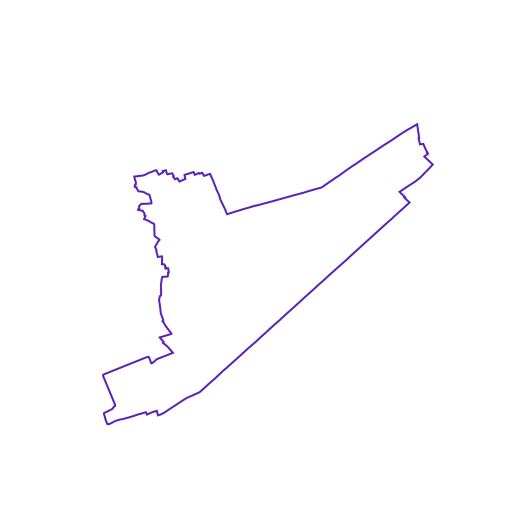 Phutthamonthon, Nakhon Pathom, Thailand, rotated 70°
{"feature_id": "78962969B43033268258309", "entity_name": "Phutthamonthon", "entity_type": "district", "adm_level": 2, "iso_a3": "THA", "parent_name": "Thailand", "parent_adm1": "Nakhon Pathom", "projection": "natural_earth1", "projection_center": [100.276, 13.834], "detail": "fine", "context": "isolated", "style": "outline", "palette": "violet", "viewbox_px": 512, "rotation_deg": 70, "n_neighbors": 0, "source": "geoboundaries", "source_scale": "gbopen_adm2", "svg_char_len": 5674}
<svg xmlns="http://www.w3.org/2000/svg" viewBox="0 0 512 512"><g transform="rotate(70 256 256)"><path d="M337.3,287.6L336.0,284.2L335.5,283.3L334.7,281.3L333.2,277.7L331.6,273.6L329.2,268.0L326.2,260.5L324.5,256.1L323.4,253.5L320.1,245.5L315.0,232.8L312.1,225.9L309.2,218.7L306.1,211.0L304.1,206.3L302.7,202.6L300.5,197.2L299.6,195.2L297.8,190.6L294.4,182.2L290.6,172.4L288.2,166.9L284.1,156.8L282.4,152.7L280.2,147.3L277.8,141.3L275.3,135.3L273.3,130.4L270.0,122.3L267.3,115.3L266.6,113.9L258.3,93.4L254.8,95.2L251.9,96.6L251.7,95.8L244.8,99.2L244.0,95.6L243.6,94.4L242.3,88.8L241.0,83.1L240.1,79.7L238.2,74.2L235.4,68.6L233.9,65.3L231.3,60.1L230.5,58.6L225.7,61.0L220.1,63.8L218.7,59.3L218.5,59.2L218.4,59.2L217.2,60.1L216.8,59.8L216.8,59.7L216.7,59.6L214.9,60.0L212.8,60.2L208.1,60.4L208.0,60.5L207.9,60.5L207.3,62.9L207.2,63.7L205.7,63.5L201.0,63.0L200.8,62.9L200.8,62.3L200.7,62.2L196.5,61.4L187.3,59.5L188.9,68.3L189.1,69.8L189.7,72.7L190.0,74.4L191.3,79.8L193.0,86.5L195.1,95.6L195.4,97.2L195.8,98.7L196.2,100.4L196.4,101.5L197.9,107.3L199.8,115.7L200.5,118.3L201.6,123.2L202.1,124.8L202.8,127.8L203.9,131.7L204.0,132.8L205.4,138.0L206.2,141.3L207.6,146.2L208.4,149.0L209.0,151.1L209.4,152.8L209.5,153.8L209.6,154.1L210.5,157.3L211.0,159.3L211.5,161.4L211.9,162.9L213.7,169.4L213.8,169.8L214.0,171.1L214.0,171.7L213.4,178.8L213.4,179.6L213.1,183.3L212.8,189.7L212.0,198.4L210.2,221.7L209.7,227.5L209.5,229.9L209.1,234.3L209.0,236.1L208.4,240.4L208.1,245.8L207.7,250.8L207.2,259.9L207.0,264.9L206.9,268.8L205.4,269.0L204.1,269.1L203.1,269.1L201.9,269.0L201.1,269.1L198.6,269.4L197.0,269.5L193.1,270.0L189.9,270.2L188.9,270.2L188.4,270.0L187.6,269.9L186.3,269.9L184.7,269.9L180.9,270.4L179.8,270.4L176.8,270.4L174.4,270.5L171.3,270.5L167.7,270.8L165.2,270.9L163.2,271.0L163.2,272.1L162.9,273.0L162.9,273.3L163.2,275.2L163.1,275.4L163.0,275.6L162.9,275.8L163.0,277.3L162.9,277.5L159.3,278.1L159.2,278.2L159.2,278.3L159.5,280.7L159.4,280.9L158.6,281.1L158.5,281.3L158.8,285.8L158.6,285.9L155.9,285.8L155.7,286.0L155.6,290.1L155.3,295.4L155.4,295.5L159.2,296.0L159.4,296.0L159.5,297.1L159.8,302.5L156.1,303.2L156.1,303.3L156.2,305.8L153.3,306.7L153.2,306.7L152.9,306.0L152.8,305.9L152.6,305.9L149.6,306.5L148.9,311.3L148.3,311.5L147.4,311.6L144.7,311.2L144.6,311.3L144.3,314.5L144.8,314.5L145.5,314.6L145.9,316.4L146.4,319.4L146.3,319.5L143.4,320.1L141.5,320.1L141.4,320.2L141.3,320.3L141.1,321.9L141.3,325.0L141.2,327.6L141.3,328.7L141.8,333.3L141.7,334.7L141.2,336.9L141.0,337.7L140.4,339.8L140.5,340.1L140.5,340.3L139.7,343.2L141.2,343.5L145.2,343.6L145.7,343.7L147.6,344.5L147.8,344.7L147.6,345.2L147.6,345.3L149.2,346.4L149.4,346.4L150.6,344.8L151.4,345.2L151.6,345.2L152.4,344.8L152.7,344.7L152.9,344.7L154.6,344.5L154.8,344.4L155.0,344.3L156.7,340.9L157.0,340.4L157.9,339.2L159.7,337.8L160.6,336.9L161.9,335.3L162.1,335.2L169.2,335.8L170.7,336.2L170.8,336.3L170.4,337.6L169.7,340.3L168.1,345.1L167.8,345.6L167.7,345.8L168.0,346.3L168.3,347.0L169.3,348.8L169.4,349.0L169.6,349.1L171.9,349.5L172.0,349.5L171.7,350.5L172.1,351.0L172.3,351.0L172.5,351.0L172.6,350.8L174.4,347.5L174.8,346.9L175.3,346.9L175.6,346.9L177.3,346.3L177.5,346.2L179.4,346.8L179.7,346.9L179.8,346.8L180.3,346.1L180.7,346.2L183.0,348.5L185.7,345.5L190.0,341.8L190.6,341.0L191.2,340.9L191.4,340.9L191.8,340.9L196.1,342.4L202.3,344.4L202.6,344.4L203.6,343.8L207.4,341.2L207.7,341.1L207.8,341.1L208.0,341.2L208.1,341.4L208.2,341.8L208.6,342.5L209.3,343.5L211.8,346.6L213.0,347.8L213.8,347.7L214.3,347.6L214.9,347.6L217.3,347.7L217.6,347.8L217.9,348.1L218.0,348.1L220.7,348.3L222.5,348.5L223.3,348.6L223.7,346.7L224.0,345.3L224.0,344.9L224.1,344.6L224.2,344.4L224.4,344.4L229.6,346.4L231.5,347.3L231.7,347.1L232.2,345.4L232.4,345.2L233.8,344.7L234.1,344.7L234.7,345.0L234.9,345.0L235.0,344.9L235.4,344.5L235.5,344.5L236.4,345.5L236.7,345.5L236.8,345.5L236.9,345.4L237.3,342.9L237.5,342.7L240.9,343.4L241.4,343.4L241.5,343.5L241.5,344.2L241.5,344.3L243.0,344.8L245.1,346.0L243.6,351.2L245.8,352.7L249.7,354.7L253.1,356.2L256.3,357.1L257.7,357.6L260.2,358.5L260.4,358.8L260.6,359.0L260.9,360.1L261.1,360.2L261.3,360.4L264.4,362.2L264.6,362.3L267.9,362.8L273.3,364.1L277.2,365.0L277.8,365.1L278.6,365.1L283.4,365.0L284.8,365.1L285.3,366.2L285.5,366.2L285.9,365.9L286.4,365.7L291.4,364.7L300.1,362.0L300.3,362.1L299.6,374.2L299.6,374.3L301.1,373.8L305.2,372.2L305.4,372.2L305.9,373.2L310.3,370.4L314.5,368.7L318.6,367.2L318.8,374.9L319.0,383.5L319.0,384.0L319.1,384.4L319.2,384.9L320.1,387.1L320.8,389.0L321.1,390.2L321.2,390.8L321.0,391.1L315.0,391.2L314.4,391.3L314.1,391.5L313.8,391.8L313.7,392.1L313.7,394.2L314.0,402.5L314.4,416.8L314.5,418.2L315.2,439.3L315.3,439.9L315.4,440.2L315.6,440.5L315.9,440.6L316.2,440.7L324.9,440.3L347.9,439.3L348.7,439.7L348.7,439.8L348.7,440.3L349.4,441.6L350.1,442.7L350.5,443.2L350.7,443.6L350.7,444.7L351.3,448.9L351.6,452.5L352.4,452.9L356.5,453.1L357.5,453.3L359.3,453.4L363.3,453.1L363.7,451.2L363.4,448.1L363.0,445.7L362.9,443.7L363.2,440.2L363.2,439.2L363.7,437.3L363.7,436.8L363.8,436.2L363.9,433.7L364.0,432.6L364.2,430.5L364.4,427.5L364.5,424.9L364.6,420.6L364.8,418.2L365.2,412.8L367.7,412.7L367.6,410.7L367.4,408.2L367.3,407.1L367.3,406.0L367.4,404.8L367.5,403.7L367.5,402.2L372.2,402.6L372.3,400.0L371.9,396.5L371.7,395.1L370.5,390.4L370.3,389.4L368.2,380.7L367.6,378.1L367.1,376.1L365.7,369.9L365.2,362.1L365.0,360.1L364.9,357.5L364.7,355.6L361.7,348.0L360.5,345.2L360.2,344.8L360.0,344.1L359.9,343.5L359.8,343.1L359.0,341.8L358.9,341.3L358.5,340.1L358.0,338.9L357.7,338.1L356.6,335.3L352.8,326.6L350.9,321.5L346.7,311.1L345.5,308.1L341.5,298.3L340.1,295.0L339.3,292.8L338.0,289.4L337.3,287.6Z" fill="none" stroke="#5b21b6" stroke-width="2"/></g></svg>